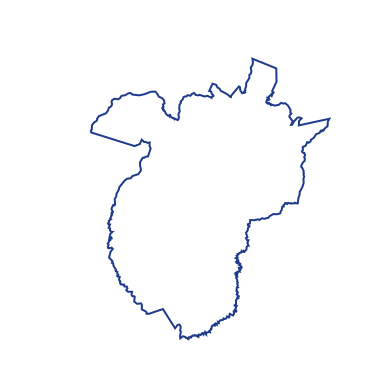 the district of Cáceres, Mato Grosso, Brazil, rotated 15°
{"feature_id": "56859067B84313432178325", "entity_name": "Cáceres", "entity_type": "district", "adm_level": 2, "iso_a3": "BRA", "parent_name": "Brazil", "parent_adm1": "Mato Grosso", "projection": "mercator", "projection_center": [-57.734, -16.54], "detail": "fine", "context": "isolated", "style": "outline", "palette": "blue", "viewbox_px": 384, "rotation_deg": 15, "n_neighbors": 0, "source": "geoboundaries", "source_scale": "gbopen_adm2", "svg_char_len": 6048}
<svg xmlns="http://www.w3.org/2000/svg" viewBox="0 0 384 384"><g transform="rotate(15 192 192)"><path d="M218.6,336.4L220.5,333.7L223.0,333.7L223.9,334.5L225.0,334.2L226.4,335.2L226.9,334.7L226.7,333.1L228.3,332.7L227.8,331.4L228.9,332.4L229.6,330.5L231.0,330.4L231.5,329.5L233.9,330.0L233.5,329.4L235.0,328.8L235.7,329.5L235.7,327.9L237.4,327.9L238.3,325.7L239.7,326.6L239.5,325.6L240.7,324.5L241.4,324.6L241.7,325.7L242.4,326.0L241.3,323.8L242.7,324.2L244.5,322.7L245.6,322.8L244.8,321.5L246.2,319.7L245.7,319.1L246.2,318.2L245.8,316.8L246.5,315.5L248.8,315.1L248.9,314.5L248.0,313.9L248.6,312.9L249.2,312.8L249.0,313.6L250.2,313.9L249.8,312.8L251.8,311.8L250.9,310.6L251.6,310.6L252.5,308.6L254.9,307.6L255.2,306.0L256.2,306.3L257.8,305.3L258.1,303.1L260.2,303.6L260.5,302.8L260.0,301.8L260.0,299.9L263.6,300.6L264.1,298.7L263.3,296.9L265.6,296.1L265.6,295.6L263.7,295.2L263.9,294.6L264.9,294.6L264.3,293.6L264.6,290.5L262.6,290.8L262.5,290.3L263.6,288.8L262.5,285.5L263.0,283.6L264.2,282.5L263.1,281.9L264.1,280.6L261.7,279.4L262.2,278.3L261.7,277.6L262.2,277.0L261.4,276.0L260.5,276.0L260.0,273.0L261.1,272.2L260.3,271.6L260.3,270.0L259.4,269.0L259.7,267.6L258.7,266.8L258.7,265.6L256.7,263.1L257.7,262.2L257.0,261.0L257.0,259.6L255.4,261.6L255.9,259.1L255.0,259.0L256.9,256.9L258.6,256.6L258.1,256.1L258.8,254.8L257.3,254.0L257.0,253.3L259.1,253.1L259.5,251.8L259.0,251.5L259.1,252.3L258.3,252.5L258.0,250.7L256.5,250.3L257.4,249.3L257.2,248.8L256.2,249.1L255.4,247.8L254.9,247.7L254.1,249.1L253.1,248.7L252.8,248.3L254.4,247.7L254.5,246.6L254.2,246.0L253.7,246.2L253.3,247.5L253.1,244.8L251.4,244.5L252.8,243.2L251.6,242.0L252.5,241.0L252.1,240.1L253.1,239.9L253.6,238.5L255.0,237.9L255.2,236.1L256.6,236.7L257.9,236.4L257.5,235.5L258.1,235.6L259.5,233.7L259.0,231.1L259.8,229.4L260.5,229.2L258.7,226.9L259.0,224.0L257.7,224.3L256.0,222.5L257.2,221.3L254.7,217.5L255.7,214.8L255.4,212.2L256.4,210.2L254.6,209.7L254.4,208.6L256.1,207.5L255.5,204.0L259.8,203.0L263.1,201.2L264.4,201.6L266.4,199.2L268.7,199.2L272.4,197.1L273.3,195.2L276.2,192.3L279.6,191.6L282.7,189.9L282.7,187.5L283.3,186.3L283.0,183.0L284.4,182.2L283.7,181.1L284.9,179.5L284.9,178.5L286.1,178.3L287.0,178.9L287.7,177.6L289.9,177.7L290.5,177.1L291.5,177.3L294.0,176.3L294.1,175.7L295.8,176.0L297.1,175.5L296.3,170.0L296.7,167.0L296.0,163.9L297.3,159.1L297.5,154.3L296.2,150.2L296.4,148.2L295.2,146.5L295.3,145.1L294.6,144.4L294.5,142.9L292.1,140.0L291.3,139.8L290.7,138.3L291.5,134.6L292.7,133.0L292.4,130.5L291.3,129.3L291.7,127.0L290.4,125.3L289.8,125.6L288.0,124.7L287.7,124.1L288.3,122.8L287.3,119.8L289.8,118.0L290.3,114.0L291.9,114.3L293.5,112.2L293.3,110.8L295.6,108.3L296.9,104.0L299.9,102.0L300.4,99.7L301.5,99.9L301.9,98.5L303.1,98.6L303.6,96.6L305.9,93.3L305.0,89.0L305.7,85.7L278.0,100.0L277.0,95.6L278.8,92.6L277.7,92.2L275.4,92.4L274.4,93.3L272.3,97.3L271.3,101.1L270.3,101.5L271.1,97.7L266.6,94.2L266.5,92.5L267.6,90.5L266.4,89.7L265.8,87.0L262.1,83.5L258.8,82.1L257.3,83.0L255.0,82.8L253.1,85.5L249.0,87.3L247.6,86.8L246.2,87.4L245.7,86.9L245.4,87.5L243.6,86.0L243.0,86.1L243.2,86.9L242.0,87.0L240.5,86.2L240.6,84.4L242.3,83.1L240.9,82.8L241.8,81.6L240.6,81.1L241.7,80.4L241.8,79.4L242.9,78.1L244.1,78.7L244.2,77.0L243.7,76.6L244.7,75.9L245.0,74.7L243.6,74.4L243.3,73.8L245.1,63.6L241.4,50.8L215.9,47.6L217.4,51.2L217.5,54.0L216.5,56.4L218.2,60.2L218.1,62.7L217.1,63.9L217.9,67.3L216.1,72.7L216.9,75.6L216.7,79.2L217.2,80.0L216.5,81.3L217.6,81.9L217.4,82.3L214.9,83.6L212.2,81.2L211.2,78.4L210.0,77.9L204.9,88.8L205.0,90.3L204.5,90.3L200.9,88.5L193.6,86.8L191.8,85.0L189.5,84.4L187.7,82.3L183.8,82.1L182.5,90.0L184.5,90.0L185.7,92.1L187.7,93.2L187.7,94.0L186.5,94.9L186.6,96.0L182.1,95.1L179.3,96.5L174.3,96.2L172.9,97.1L170.6,97.3L168.4,95.8L166.4,97.5L165.6,99.4L162.5,99.7L161.8,101.2L160.1,101.7L159.3,102.5L159.1,104.9L157.6,107.6L158.2,108.8L157.4,110.9L158.0,114.6L159.3,117.2L158.7,120.3L160.0,123.1L160.0,125.6L159.6,126.2L156.5,125.6L156.3,126.2L155.0,125.3L154.4,125.6L152.3,125.0L151.7,124.3L151.3,124.7L151.1,123.3L150.7,123.2L149.3,124.5L146.8,123.4L144.9,121.1L143.7,120.8L143.6,120.0L142.7,120.0L141.8,118.8L142.3,118.7L142.0,117.4L142.4,117.2L141.3,114.9L142.5,113.6L141.3,110.7L138.6,109.0L135.2,108.5L133.1,106.2L130.5,104.5L126.3,105.8L120.8,109.8L116.0,112.3L109.3,113.3L106.9,112.3L104.9,113.2L102.5,115.8L99.0,117.4L98.2,119.9L96.6,121.6L93.1,121.9L90.9,124.2L91.0,125.9L92.0,127.5L92.0,129.4L91.2,131.0L89.9,132.0L89.8,134.9L88.6,138.2L82.4,142.8L81.4,145.6L81.7,146.9L81.2,148.3L79.5,150.1L78.1,153.3L79.0,157.8L78.4,158.8L79.3,160.6L124.6,162.5L129.2,159.2L129.9,154.5L132.8,156.1L134.4,155.6L136.3,156.1L138.3,155.1L139.1,158.5L140.8,160.7L140.3,169.0L138.1,170.0L136.9,171.3L135.6,171.5L134.1,176.6L135.1,180.2L136.8,183.3L136.9,184.9L135.6,188.6L130.3,192.0L129.3,194.6L125.8,196.0L123.9,198.5L120.5,206.4L120.7,208.4L119.5,213.5L120.0,215.6L119.2,218.9L121.0,224.2L120.4,225.1L119.3,224.9L118.6,228.2L118.8,229.7L120.6,231.4L119.9,232.6L120.6,232.7L120.1,233.8L120.7,234.6L120.0,235.2L120.4,235.9L119.8,239.1L120.7,239.3L119.1,241.5L119.7,242.6L119.0,244.0L119.7,244.9L121.2,244.6L120.8,248.2L122.3,248.4L122.7,250.3L124.5,251.5L125.4,251.2L123.9,253.8L124.0,256.3L125.9,256.7L126.3,257.5L124.2,257.9L124.2,258.9L125.6,259.3L125.6,259.8L124.4,260.5L124.6,262.2L123.9,263.7L125.2,264.6L124.8,266.7L125.2,267.6L126.0,267.9L128.8,266.6L130.2,267.5L128.8,270.9L128.9,276.9L133.0,279.3L133.0,281.1L134.0,281.0L135.5,283.8L138.7,286.8L138.4,287.5L138.9,288.3L140.5,288.4L140.9,290.1L142.2,291.0L141.4,292.4L142.3,292.9L144.1,292.7L144.2,295.8L145.8,296.7L145.8,298.3L146.8,298.8L147.0,299.7L150.4,299.1L150.4,300.1L151.6,300.7L153.5,300.2L154.6,301.9L153.9,303.8L155.8,304.9L160.0,303.9L160.0,306.3L160.6,307.6L161.7,308.1L162.9,307.6L163.8,308.0L164.5,312.8L167.9,314.2L171.7,312.8L173.1,314.6L173.9,318.4L178.1,319.3L179.4,320.2L179.7,321.4L181.9,320.8L194.2,312.6L210.9,328.0L212.5,324.2L214.0,323.3L215.2,324.2L216.0,325.1L216.4,328.9L217.4,329.7L217.7,334.3L218.6,336.4Z" fill="none" stroke="#1e3a8a" stroke-width="2"/></g></svg>